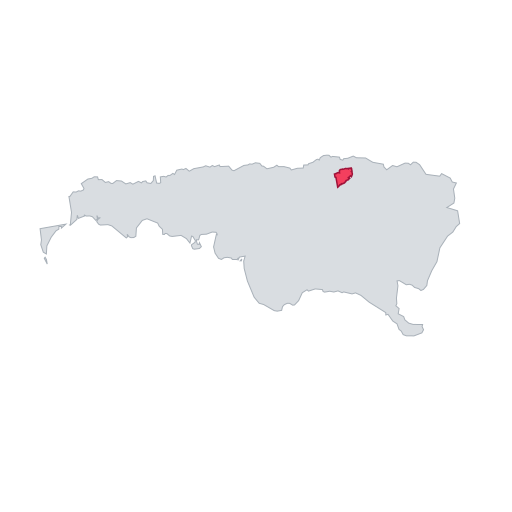 location of Jáchal, San Juan, Argentina, rotated 80°
{"feature_id": "61730980B94061248290097", "entity_name": "Jáchal", "entity_type": "district", "adm_level": 2, "iso_a3": "ARG", "parent_name": "Argentina", "parent_adm1": "San Juan", "projection": "orthographic", "projection_center": [-68.237, -30.298], "detail": "fine", "context": "in_parent", "style": "filled", "palette": "rose", "viewbox_px": 512, "rotation_deg": 80, "n_neighbors": 0, "source": "geoboundaries", "source_scale": "gbopen_adm2", "svg_char_len": 6339}
<svg xmlns="http://www.w3.org/2000/svg" viewBox="0 0 512 512"><g transform="rotate(80 256 256)"><path d="M313.0,159.5L309.6,164.4L310.0,168.0L306.6,175.9L307.1,177.6L304.6,181.3L305.0,185.6L303.5,189.5L303.5,194.7L302.6,196.1L300.6,196.4L298.7,203.4L299.7,210.4L298.1,211.6L300.2,216.8L307.4,221.8L310.9,226.6L310.8,228.4L308.5,231.0L308.0,233.3L308.8,236.5L310.5,238.7L314.0,240.2L314.0,244.7L313.0,247.5L305.1,256.9L303.1,261.1L296.2,265.0L279.2,268.8L266.2,269.8L258.9,269.0L254.2,266.7L254.2,272.4L256.5,274.2L255.2,274.2L256.2,275.3L255.3,279.9L253.7,280.7L252.3,284.5L252.2,287.8L253.4,290.6L251.8,293.3L246.1,295.8L239.7,296.2L227.9,291.3L228.4,290.6L227.7,290.4L225.7,291.2L224.8,295.0L225.9,300.9L225.3,306.0L225.9,307.7L230.1,309.7L229.7,311.8L231.2,312.0L234.2,311.7L234.7,310.0L233.1,309.4L237.3,308.2L238.8,310.4L238.6,315.6L237.8,317.0L234.5,317.8L233.7,317.5L232.0,313.8L230.5,313.0L225.8,314.8L225.2,316.0L231.8,318.8L226.8,321.5L222.7,326.2L222.2,335.1L221.3,337.5L218.5,339.8L218.0,341.5L218.9,342.5L218.5,344.1L213.5,343.5L209.8,346.2L206.5,347.1L200.4,356.9L201.2,361.8L207.6,368.9L215.7,370.9L216.6,373.2L216.2,376.0L215.2,377.6L212.2,379.1L214.7,379.1L215.7,380.6L201.3,392.8L199.4,396.4L198.5,403.9L197.4,405.4L194.5,406.9L192.6,405.4L191.1,402.6L191.2,404.8L188.5,405.7L191.7,405.7L193.2,407.5L188.9,410.3L187.7,412.7L187.2,416.2L185.6,418.2L186.8,417.7L188.1,424.4L184.8,424.9L188.8,426.0L193.5,433.5L193.1,434.1L192.9,433.4L181.0,430.1L164.9,429.9L165.0,428.9L161.1,424.9L161.8,422.0L161.0,419.5L161.7,417.3L161.0,414.5L159.6,413.7L154.4,415.5L151.0,408.2L151.0,404.1L149.9,401.6L150.6,398.3L153.4,398.0L154.0,394.4L157.4,391.6L157.2,388.2L159.3,386.2L159.7,384.5L157.5,380.3L158.8,375.5L162.4,371.7L161.9,367.1L163.9,364.8L162.1,358.8L164.1,356.1L163.0,354.7L162.9,351.5L165.0,350.6L166.3,347.0L163.9,344.0L159.8,343.1L159.5,341.5L166.9,341.2L167.7,338.6L167.2,337.1L161.5,336.5L161.5,333.1L162.6,330.8L161.4,328.6L161.7,326.6L160.2,323.5L161.6,322.1L157.7,319.1L157.5,313.9L158.3,312.5L157.6,309.8L160.9,307.0L159.2,302.1L159.1,292.4L158.4,289.9L160.5,285.9L159.3,283.3L160.8,281.3L160.0,276.3L161.7,275.9L162.8,267.3L167.3,264.7L168.2,262.9L164.7,252.2L164.9,248.1L164.2,246.3L164.9,243.9L164.1,240.4L165.4,236.2L168.5,234.5L168.8,233.1L172.0,230.1L171.7,223.2L170.2,219.7L171.9,218.3L172.8,213.0L175.3,207.4L177.4,206.3L176.8,200.0L177.6,194.2L174.7,193.2L175.3,189.0L174.2,188.1L173.6,183.7L171.6,179.9L171.4,178.2L172.5,177.1L170.3,175.6L168.8,172.1L169.0,168.9L169.4,166.7L171.7,165.0L171.2,163.4L173.1,156.7L175.5,156.3L176.7,153.9L175.4,152.7L175.7,148.7L174.5,142.9L176.7,140.0L178.5,131.1L184.0,124.7L187.7,114.7L190.6,114.5L193.8,112.3L190.6,105.8L192.6,101.7L190.4,93.1L191.1,89.9L193.0,88.0L190.9,84.8L191.5,82.1L194.5,79.0L205.1,74.4L209.3,61.2L207.1,58.9L213.0,51.2L217.2,49.9L218.9,46.0L224.3,49.9L233.6,50.2L238.2,51.9L241.4,59.7L246.5,49.6L259.4,49.8L261.8,53.7L266.6,58.0L269.7,63.9L279.9,73.5L293.0,78.8L300.9,85.4L310.1,91.4L314.7,92.9L318.0,96.9L318.6,99.6L316.4,101.5L314.5,105.3L311.8,107.3L310.5,109.8L310.4,113.0L305.1,119.1L305.0,121.4L310.0,121.4L321.8,125.0L327.5,125.6L329.3,126.9L332.6,124.2L337.6,126.0L341.3,121.1L344.7,120.5L348.6,117.3L350.7,113.1L352.4,103.8L354.3,104.7L357.7,103.8L360.5,106.0L362.1,114.3L360.7,121.8L359.0,124.7L355.2,126.0L353.1,127.9L347.3,128.9L343.8,132.6L336.4,136.1L336.6,138.4L334.3,138.0L321.1,152.6L313.0,159.5ZM191.6,463.9L191.6,437.7L194.7,442.8L193.2,442.5L192.7,445.0L195.3,445.5L196.5,448.6L201.9,454.4L209.7,460.2L217.6,462.1L215.3,464.8L207.5,466.0L203.0,464.5L191.6,463.9ZM220.6,463.9L223.1,463.0L227.7,463.0L221.5,464.9L220.6,463.9ZM258.2,271.2L258.0,272.4L256.4,270.5L258.2,271.2Z" fill="#d9dde1" stroke="#a8b0b8" stroke-width="1"/><path d="M186.3,159.0L188.6,159.3L188.4,159.6L188.4,159.8L188.4,160.0L188.3,160.3L188.2,160.3L188.1,160.5L188.1,161.0L188.2,161.3L188.3,161.5L188.4,161.8L188.5,161.9L188.5,162.0L188.4,162.2L188.4,162.3L188.5,162.4L188.7,162.5L188.8,162.6L188.8,162.8L188.8,163.0L188.7,163.3L188.8,163.4L188.8,163.5L188.9,163.8L188.9,164.0L188.9,164.4L188.9,164.5L191.8,164.5L191.8,164.4L192.0,164.2L192.3,164.0L192.5,164.0L192.6,163.9L192.6,163.6L198.7,163.6L202.5,163.6L202.4,163.4L202.3,163.2L202.2,163.0L202.1,162.9L201.9,162.7L201.7,162.3L201.5,162.2L201.4,162.1L201.3,161.9L201.2,161.8L201.1,161.7L200.9,161.6L200.9,161.4L200.7,161.2L200.5,160.9L200.4,160.9L200.4,160.7L200.2,160.6L200.3,160.6L200.3,160.4L200.2,160.3L200.2,160.2L200.1,159.9L200.0,159.7L199.9,159.5L200.0,159.5L199.9,159.4L200.0,159.3L199.9,159.2L199.8,158.9L199.9,158.7L200.0,158.6L200.0,158.4L199.9,158.4L199.8,158.2L199.8,157.9L199.7,157.8L199.7,157.7L199.7,157.4L199.6,157.2L199.5,156.9L199.5,156.7L199.5,156.4L199.4,156.4L199.3,156.2L199.2,156.2L199.0,155.8L199.0,155.7L198.9,155.6L198.8,155.4L198.6,155.2L198.4,155.1L198.4,154.8L198.3,154.7L198.2,154.7L197.9,154.6L197.8,154.4L197.7,154.5L197.5,154.4L197.4,154.3L197.3,154.2L197.2,154.0L197.2,153.9L197.2,153.7L197.2,153.2L197.1,152.9L197.0,152.7L196.9,152.5L196.9,152.4L196.7,152.1L196.6,151.9L196.6,151.7L196.4,151.6L196.3,151.4L196.3,151.2L196.2,151.1L196.3,151.1L196.2,151.0L196.1,150.9L195.9,150.7L195.8,150.3L195.6,150.4L195.5,150.5L195.5,150.9L195.4,151.0L195.2,151.2L195.1,151.3L194.9,151.4L194.8,151.5L194.7,151.4L194.7,151.2L194.6,150.9L194.5,150.7L194.4,150.6L194.3,150.4L194.2,150.2L194.1,149.8L193.9,149.6L193.7,149.5L193.7,149.3L193.6,149.2L193.4,149.2L193.3,148.9L194.4,148.2L192.4,147.0L192.1,146.9L191.9,146.9L191.7,146.9L191.3,146.9L191.2,146.8L190.8,146.9L190.7,146.9L190.4,146.9L190.2,146.9L189.8,146.9L189.7,147.0L189.7,146.9L189.4,146.8L189.3,146.7L189.1,146.7L188.9,146.8L188.7,146.8L188.5,146.7L188.4,146.7L188.2,146.7L188.1,146.8L187.8,146.8L187.7,146.8L187.4,146.6L187.4,146.3L187.3,146.5L187.2,146.5L186.9,146.6L186.8,146.8L186.8,147.0L186.7,147.0L186.4,147.0L186.1,146.9L185.9,146.9L185.9,147.1L185.8,147.4L185.9,147.6L185.9,147.8L185.9,148.0L185.8,148.4L185.8,148.5L185.8,148.8L185.9,149.2L185.8,149.3L185.9,149.6L185.8,149.8L185.9,150.0L186.0,150.0L185.9,150.1L185.9,150.3L185.7,150.6L185.7,150.9L185.7,151.0L185.8,151.1L185.8,151.4L185.7,151.6L185.4,152.2L185.3,152.5L185.7,154.8L185.7,155.2L185.7,155.4L185.4,155.8L185.6,156.0L185.6,156.3L185.5,156.7L185.5,157.1L185.5,157.6L185.5,158.0L186.3,159.0Z" fill="#f43f5e" stroke="#9f1239" stroke-width="1.5"/></g></svg>